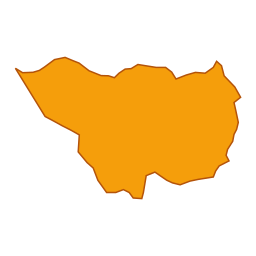 Lagoa do Carro, Pernambuco, Brazil (Mercator projection)
{"feature_id": "56859067B2234045348506", "entity_name": "Lagoa do Carro", "entity_type": "district", "adm_level": 2, "iso_a3": "BRA", "parent_name": "Brazil", "parent_adm1": "Pernambuco", "projection": "mercator", "projection_center": [-35.335, -7.857], "detail": "fine", "context": "isolated", "style": "filled", "palette": "amber", "viewbox_px": 256, "rotation_deg": 0, "n_neighbors": 0, "source": "geoboundaries", "source_scale": "gbopen_adm2", "svg_char_len": 884}
<svg xmlns="http://www.w3.org/2000/svg" viewBox="0 0 256 256"><path d="M15.4,68.3L45.1,116.5L53.4,120.9L62.3,125.8L70.4,129.9L79.3,134.9L78.2,151.9L87.1,162.6L93.2,168.0L97.9,180.3L106.6,192.5L115.8,192.5L123.4,189.6L129.2,192.5L133.2,198.0L141.8,198.6L143.4,192.5L146.2,175.6L154.9,172.1L166.7,180.2L172.5,182.9L180.1,184.8L190.0,181.1L198.1,179.4L213.3,177.0L215.7,170.9L219.2,165.9L229.0,160.9L226.1,155.3L227.6,149.3L232.7,141.3L234.0,134.4L236.6,129.4L238.3,122.4L235.7,110.1L234.0,102.5L240.6,97.3L234.8,87.0L224.1,75.8L221.5,65.7L216.6,61.3L213.3,67.4L205.2,73.2L195.4,72.4L186.3,75.0L176.0,79.0L171.7,72.1L165.6,67.4L156.1,67.4L146.6,65.9L137.9,64.5L131.2,68.6L125.1,69.1L119.0,73.2L114.4,77.7L108.5,75.8L101.1,75.6L89.1,70.8L79.1,63.1L73.0,60.7L65.1,57.4L54.5,59.6L44.4,67.1L39.4,70.4L33.0,72.3L22.6,72.7L15.4,68.3Z" fill="#f59e0b" stroke="#b45309" stroke-width="1.5"/></svg>